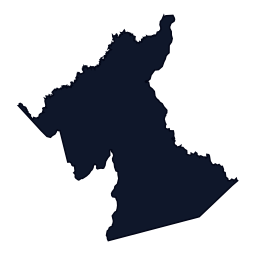 Zaragoza, Antioquia, Colombia
{"feature_id": "7082276B32326905944373", "entity_name": "Zaragoza", "entity_type": "district", "adm_level": 2, "iso_a3": "COL", "parent_name": "Colombia", "parent_adm1": "Antioquia", "projection": "natural_earth1", "projection_center": [-74.894, 7.495], "detail": "fine", "context": "isolated", "style": "filled", "palette": "ink", "viewbox_px": 256, "rotation_deg": 0, "n_neighbors": 0, "source": "geoboundaries", "source_scale": "gbopen_adm2", "svg_char_len": 5644}
<svg xmlns="http://www.w3.org/2000/svg" viewBox="0 0 256 256"><path d="M237.6,180.7L236.6,179.8L236.3,178.4L233.7,181.0L233.2,179.8L231.7,179.2L230.1,180.8L228.1,180.6L227.6,178.5L225.7,177.1L225.1,172.6L223.2,171.7L223.4,169.3L222.3,166.4L221.5,166.6L220.4,166.1L219.1,164.5L217.1,165.2L215.5,164.0L214.5,164.4L213.9,165.3L213.3,164.8L212.4,164.7L210.2,161.3L209.3,155.8L208.7,154.7L206.9,154.4L207.0,157.2L205.9,158.2L205.3,157.1L203.2,157.1L200.8,155.9L200.2,156.0L199.6,157.4L198.8,156.2L197.1,155.6L196.9,153.4L195.5,152.3L194.5,153.7L193.1,154.4L191.2,153.2L191.1,154.8L190.5,155.4L187.7,154.7L186.5,153.9L186.8,152.6L186.6,150.6L184.6,149.4L182.9,147.5L180.5,147.5L180.8,145.6L179.6,146.5L177.0,147.2L176.2,145.8L174.4,144.6L173.9,142.6L174.8,141.1L174.8,140.4L172.9,139.9L171.9,138.6L172.3,137.9L173.5,139.2L174.2,139.0L174.5,138.4L173.6,136.1L173.8,133.8L173.3,130.9L169.5,130.8L169.1,128.8L167.9,129.2L166.6,129.0L165.6,128.4L165.2,127.6L165.3,125.5L165.9,124.3L165.0,122.5L164.1,119.1L164.9,116.3L165.6,115.6L165.7,113.8L166.7,112.8L166.8,110.2L163.7,106.6L162.2,103.8L159.4,101.9L158.6,100.5L156.3,98.6L154.9,96.2L154.3,91.4L152.2,88.9L149.4,86.7L148.6,82.4L148.0,82.0L145.9,82.4L145.4,81.9L145.4,81.4L146.0,80.8L147.9,80.7L150.0,79.0L151.0,75.1L154.7,70.0L158.5,69.6L162.2,66.4L163.8,61.8L165.2,59.0L165.9,56.2L167.2,54.4L169.0,52.8L169.1,45.3L171.4,42.0L172.2,38.5L171.3,35.2L171.2,31.5L169.7,28.4L169.6,26.7L171.0,23.2L174.0,21.2L174.5,19.8L174.3,18.2L172.9,15.4L165.8,15.8L164.6,17.0L164.2,16.9L163.8,15.6L162.0,19.7L160.5,21.4L160.0,24.8L160.8,27.2L160.9,29.5L159.3,31.6L157.3,32.2L156.9,33.8L155.1,35.9L154.1,35.0L153.3,36.0L152.3,35.7L150.9,37.0L150.4,36.3L147.6,36.4L146.9,36.0L147.1,36.7L144.6,37.3L144.7,38.3L143.5,37.7L143.6,38.3L142.9,38.8L142.9,39.5L141.7,39.4L141.7,41.8L140.2,42.0L139.8,41.6L139.0,43.3L138.0,42.5L137.1,42.3L136.8,42.7L135.9,41.0L134.2,40.7L134.0,39.0L134.9,38.9L134.2,37.9L135.1,37.1L135.1,36.7L132.6,35.7L132.5,34.3L131.5,34.3L131.7,35.2L130.9,35.2L130.7,34.3L130.2,35.0L130.1,34.5L129.5,34.1L129.6,33.3L130.1,33.4L129.9,33.2L127.4,32.4L125.0,33.1L124.7,31.0L124.3,30.2L122.4,32.9L121.0,32.7L122.0,34.2L121.1,34.1L120.2,34.7L119.9,35.0L120.6,35.8L119.7,36.7L119.7,36.0L119.4,36.0L118.9,37.2L116.5,37.2L117.3,35.4L116.6,34.1L116.1,34.4L116.0,35.6L114.4,35.9L113.9,36.9L112.7,35.4L112.8,36.6L113.6,38.5L113.0,39.6L113.8,39.6L114.5,41.6L113.4,43.2L112.7,43.2L112.1,42.5L111.9,43.6L111.4,43.9L111.5,44.9L110.4,45.0L110.6,45.6L109.4,45.1L108.8,45.5L109.1,46.2L108.3,48.5L109.1,48.0L109.5,48.8L111.2,49.7L108.7,51.1L108.5,52.7L107.4,52.1L107.5,53.0L106.8,52.7L107.1,53.3L106.0,53.9L106.6,55.1L105.3,55.6L106.0,56.4L105.8,57.0L105.4,56.9L104.9,55.7L104.4,55.8L104.1,56.8L104.5,57.8L103.9,60.2L103.3,60.4L102.9,59.7L101.5,59.1L101.3,58.7L101.7,57.9L101.1,58.2L100.8,59.2L100.1,59.6L100.6,60.6L100.1,61.1L100.4,61.7L99.7,61.9L100.2,62.7L99.4,62.8L100.0,62.9L99.4,64.0L100.0,64.6L98.9,65.3L98.3,66.6L97.5,66.6L98.3,65.7L97.4,65.3L97.2,66.7L97.0,65.9L96.5,66.5L95.5,66.6L94.8,69.3L94.2,68.5L93.9,67.1L93.2,66.8L92.1,66.9L91.9,67.8L91.1,68.1L91.1,68.8L90.3,68.0L91.1,66.1L89.3,68.1L88.2,67.9L87.7,68.8L87.0,67.7L86.8,66.1L85.9,66.0L86.2,66.8L85.6,67.3L84.0,65.9L84.0,66.4L83.5,66.7L84.0,67.0L83.3,67.3L83.8,67.6L83.1,68.3L83.7,68.3L82.6,69.7L83.9,71.8L83.8,72.7L80.6,74.2L78.9,72.6L78.5,72.6L78.8,72.9L78.4,73.6L77.8,73.0L78.1,73.6L77.4,73.5L76.9,76.9L77.8,77.7L76.8,78.4L76.2,77.5L76.0,77.8L76.8,79.5L76.6,80.5L76.1,80.7L75.7,80.2L75.3,80.3L75.7,80.6L74.6,81.2L74.5,81.8L74.9,82.3L73.6,83.2L72.6,83.0L72.0,82.1L71.4,82.2L71.6,82.9L71.1,82.9L71.8,84.5L71.2,85.0L71.8,85.4L71.3,85.5L71.6,86.0L71.1,87.2L70.3,86.6L70.1,87.3L69.5,87.1L68.6,86.2L68.0,86.7L67.5,86.4L67.1,87.8L66.7,87.9L65.7,87.3L66.9,86.0L66.8,85.5L65.6,86.6L64.9,86.4L64.6,86.8L64.2,86.5L64.7,85.9L63.1,85.8L62.9,86.6L62.3,86.5L63.1,87.8L61.5,88.1L61.3,88.7L61.0,88.3L60.8,88.8L60.1,88.7L59.2,89.5L57.1,88.4L56.8,88.9L57.1,89.2L56.1,90.1L56.0,89.4L54.8,89.3L52.2,92.2L52.3,92.8L53.4,93.6L53.7,94.9L53.4,95.3L51.9,95.1L52.5,95.9L51.8,96.5L50.5,96.4L50.2,97.1L49.8,95.4L49.2,94.9L48.7,96.5L46.2,96.1L46.8,98.5L45.9,99.0L44.9,98.5L45.4,99.5L45.0,101.0L46.0,105.4L45.6,106.9L46.3,107.7L43.7,107.8L42.9,108.2L42.8,108.7L43.3,109.0L43.4,109.6L42.7,111.8L43.7,112.4L41.0,113.5L39.5,114.6L38.8,117.4L38.2,118.3L37.7,117.6L36.2,118.3L33.7,117.5L33.4,119.1L32.4,119.3L31.3,117.4L30.3,117.0L30.4,114.9L28.9,113.7L28.1,113.7L27.9,111.7L27.3,111.0L26.7,111.2L27.0,109.9L25.8,109.3L26.3,108.5L25.5,107.3L22.7,106.3L22.0,104.4L20.2,103.4L19.3,103.8L19.2,105.6L18.4,105.7L41.4,130.8L47.0,136.4L50.5,137.3L52.2,135.6L54.9,134.0L56.4,131.6L56.4,130.8L57.4,129.9L58.5,130.6L60.0,130.6L67.8,162.1L69.9,161.9L71.6,163.4L71.9,165.0L73.1,165.9L74.5,165.6L75.1,170.9L74.9,171.7L73.8,172.8L75.0,173.9L75.4,175.3L75.2,177.0L76.0,178.2L78.4,179.9L79.1,179.8L81.1,178.4L82.5,178.4L86.5,175.8L89.1,173.4L90.9,170.6L91.9,169.8L93.0,167.7L93.3,165.7L94.7,164.0L96.6,165.1L96.9,166.0L96.7,168.1L97.4,168.8L101.0,168.0L102.4,168.3L103.6,168.1L104.9,165.5L105.6,161.4L107.8,157.6L109.8,155.3L109.5,150.7L110.3,149.7L111.6,149.8L111.5,151.3L113.2,153.3L113.8,155.7L112.6,158.6L112.8,160.8L114.3,163.4L114.7,167.0L116.0,170.8L118.0,171.6L118.1,174.8L118.8,178.4L117.5,184.0L115.0,186.4L114.4,189.2L112.6,191.4L111.6,193.4L111.8,195.4L112.6,196.7L116.0,197.3L116.1,198.6L117.4,201.4L117.7,205.5L117.3,208.5L116.5,211.3L114.8,212.3L112.3,215.9L113.5,221.0L113.1,223.5L112.5,224.6L112.5,226.0L110.0,227.3L109.3,227.9L108.7,229.8L107.3,231.0L106.5,235.4L107.3,236.8L107.5,238.9L108.3,240.6L199.2,216.7L232.1,185.4L237.6,180.7Z" fill="#0f172a" stroke="#020617" stroke-width="1.5"/></svg>